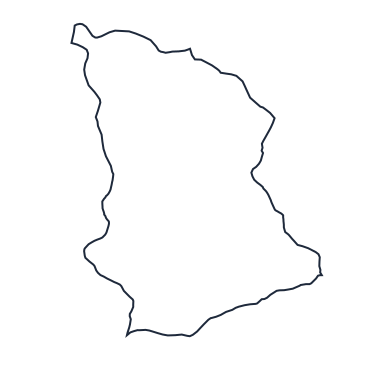 Mongar, Mongar, Bhutan, rotated 98°
{"feature_id": "84629894B50826464910493", "entity_name": "Mongar", "entity_type": "district", "adm_level": 2, "iso_a3": "BTN", "parent_name": "Bhutan", "parent_adm1": "Mongar", "projection": "natural_earth1", "projection_center": [91.256, 27.269], "detail": "fine", "context": "isolated", "style": "outline", "palette": "slate", "viewbox_px": 384, "rotation_deg": 98, "n_neighbors": 0, "source": "geoboundaries", "source_scale": "gbopen_adm2", "svg_char_len": 3328}
<svg xmlns="http://www.w3.org/2000/svg" viewBox="0 0 384 384"><g transform="rotate(98 192 192)"><path d="M335.1,174.1L333.3,171.3L329.4,167.5L325.2,164.6L321.4,161.9L316.2,158.0L314.3,155.9L314.0,155.0L312.2,150.8L309.7,146.4L306.0,141.6L303.1,135.7L300.6,132.6L299.0,129.6L298.6,128.6L296.8,124.2L295.1,118.8L293.9,113.3L293.3,112.0L290.1,109.3L288.5,108.1L287.9,105.4L286.3,103.0L284.9,101.8L282.9,100.1L279.5,96.1L278.1,94.5L277.2,91.7L276.4,87.1L275.2,83.2L273.7,78.7L272.1,76.1L269.8,72.3L269.0,71.5L267.4,66.4L266.9,62.8L265.8,61.2L260.4,57.1L257.4,55.6L256.6,53.9L256.3,51.9L253.8,53.9L251.3,54.0L247.7,55.6L243.1,56.1L238.8,56.4L236.0,58.1L234.3,61.1L231.5,69.1L230.3,75.0L229.7,80.1L226.2,84.2L224.5,86.3L221.4,89.7L220.6,90.7L219.7,92.3L218.7,94.1L217.0,94.9L214.3,96.1L211.6,96.5L209.5,97.0L208.4,97.3L207.3,97.5L206.2,97.7L204.5,98.2L202.4,98.5L201.8,99.2L200.8,100.8L200.0,103.0L199.3,104.6L198.7,106.3L198.2,107.2L197.2,108.0L191.4,111.7L190.1,112.4L189.2,112.8L184.5,115.8L182.9,117.0L181.3,118.4L180.5,119.3L178.6,121.8L177.2,122.6L175.5,125.2L173.6,128.7L171.2,132.1L168.1,134.3L165.9,135.3L164.6,135.9L160.8,134.8L158.1,131.9L154.7,129.6L151.3,128.2L147.4,127.7L143.5,127.1L141.4,128.8L138.4,128.3L134.5,129.5L131.5,128.5L127.0,126.7L120.3,124.1L117.3,123.0L115.7,122.5L112.3,121.5L107.4,120.5L102.8,125.7L100.1,130.4L98.4,133.5L98.0,136.2L94.6,141.4L90.5,147.6L86.9,149.9L82.7,152.6L80.0,154.3L75.4,157.3L72.4,161.8L70.8,164.2L70.0,169.5L70.0,174.9L69.9,180.2L68.2,181.8L66.9,183.8L64.2,189.1L63.8,189.9L61.1,197.4L60.2,200.0L59.7,201.3L59.8,202.7L60.3,207.6L56.4,211.1L50.4,213.9L51.5,215.8L53.0,218.7L54.6,224.8L55.7,231.0L56.6,233.5L57.8,237.5L57.5,239.9L57.4,242.4L56.5,244.7L52.8,247.8L47.4,254.1L44.9,261.7L42.9,269.8L41.7,276.6L42.9,290.6L45.3,295.9L50.4,303.4L52.3,307.5L52.5,309.3L51.2,312.3L43.1,319.8L41.1,323.8L41.1,326.4L42.1,329.3L43.5,331.3L50.0,331.2L61.2,332.1L62.0,326.1L63.8,320.3L65.8,316.1L69.2,314.2L74.1,314.1L79.5,315.6L85.8,315.8L91.2,314.2L100.8,309.2L106.4,302.6L109.5,299.5L113.1,296.2L116.2,295.2L117.5,295.4L124.9,296.5L131.2,297.7L135.3,295.4L139.7,294.3L147.8,289.5L154.4,287.8L161.7,285.6L164.5,284.2L168.6,282.2L177.4,276.0L179.8,275.1L182.2,274.2L183.2,273.8L185.2,272.4L187.6,272.3L189.5,272.3L191.5,272.3L193.3,272.5L195.9,272.6L199.3,272.9L200.8,273.0L202.7,273.5L205.3,274.5L207.1,275.7L208.0,276.6L209.5,277.1L210.9,278.1L213.8,279.5L215.2,279.3L217.4,278.9L218.3,278.7L220.6,278.3L222.3,277.5L223.8,276.7L225.7,275.9L226.6,275.8L227.8,274.5L229.7,273.5L231.0,272.3L232.5,270.5L233.2,270.1L235.0,269.8L237.4,270.0L244.1,271.1L246.3,272.0L249.5,274.4L250.8,276.3L252.4,279.3L253.9,281.8L255.8,284.3L258.1,287.1L262.6,290.2L263.6,290.6L265.6,290.6L270.1,289.3L272.0,288.4L273.5,286.2L275.1,283.9L277.6,279.6L278.9,278.2L283.0,275.9L285.1,273.9L287.0,271.1L288.0,267.7L289.5,264.0L290.9,259.7L292.0,256.5L292.7,253.7L293.7,250.6L295.0,248.9L299.4,245.7L302.0,242.3L304.3,239.3L306.7,235.7L308.1,234.9L312.1,234.5L314.0,234.2L318.8,235.5L321.3,236.6L323.6,236.4L326.5,234.9L331.8,235.0L334.8,235.3L338.8,236.0L339.9,236.2L342.9,236.5L339.6,233.5L337.9,230.2L336.4,226.8L336.2,224.9L335.0,218.8L335.1,215.1L335.6,211.8L336.5,206.3L337.2,201.3L337.3,198.8L337.4,196.0L336.1,188.6L334.6,182.3L335.1,176.7L335.1,174.1Z" fill="none" stroke="#1e293b" stroke-width="2"/></g></svg>